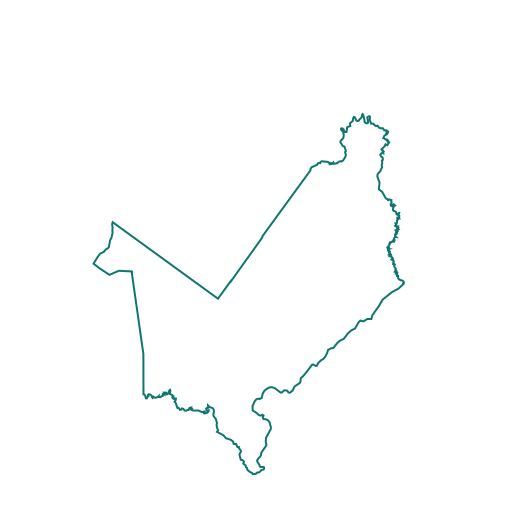 Mbire, Mashonaland Central, Zimbabwe (Albers equal-area conic projection), rotated 306°
{"feature_id": "62879985B94368680034661", "entity_name": "Mbire", "entity_type": "district", "adm_level": 2, "iso_a3": "ZWE", "parent_name": "Zimbabwe", "parent_adm1": "Mashonaland Central", "projection": "albers", "projection_center": [30.66, -16.018], "detail": "fine", "context": "isolated", "style": "outline", "palette": "teal", "viewbox_px": 512, "rotation_deg": 306, "n_neighbors": 0, "source": "geoboundaries", "source_scale": "gbopen_adm2", "svg_char_len": 6046}
<svg xmlns="http://www.w3.org/2000/svg" viewBox="0 0 512 512"><g transform="rotate(306 256 256)"><path d="M418.5,254.0L416.6,255.9L413.8,254.1L409.5,256.3L408.5,254.9L409.0,253.6L409.9,252.6L410.0,250.9L409.5,250.0L408.9,250.0L408.4,250.4L407.3,254.1L405.2,256.1L402.6,257.3L398.7,256.8L397.6,257.4L396.0,261.8L396.5,263.3L393.8,267.0L392.4,267.0L390.5,269.4L388.1,270.1L384.5,270.3L382.7,269.6L382.6,269.0L381.6,268.0L379.3,267.0L378.8,267.2L376.5,265.0L377.0,264.0L376.4,264.2L375.8,262.7L374.7,262.3L374.7,262.8L373.6,261.7L374.6,261.0L374.2,260.5L374.5,259.0L371.2,253.4L369.6,252.9L368.9,253.3L367.4,251.5L365.8,251.9L360.4,248.8L358.1,249.0L357.3,249.7L275.7,249.6L274.7,250.2L220.9,250.6L221.0,250.3L199.1,250.3L199.1,120.2L197.2,120.9L194.1,123.8L193.2,124.1L190.3,126.4L185.7,128.4L182.9,128.7L176.9,131.7L175.5,131.7L173.1,130.7L169.7,130.4L166.2,128.5L161.3,128.5L154.3,129.1L154.1,136.9L154.6,148.5L163.4,153.7L170.5,164.6L170.4,165.0L169.3,165.5L110.5,222.5L77.9,246.3L78.3,246.8L78.1,248.1L76.2,250.7L76.6,251.3L78.3,251.0L79.2,251.4L80.1,250.2L81.1,250.5L81.8,252.1L81.4,254.6L80.6,255.0L80.4,255.8L81.9,255.8L81.8,257.2L82.4,258.2L84.1,259.3L85.4,259.6L84.8,259.9L84.8,260.4L85.7,261.7L87.1,261.9L88.1,262.7L89.5,261.8L89.9,263.5L91.4,261.8L92.6,263.6L91.7,264.4L91.7,265.3L93.4,265.7L96.4,264.9L97.2,265.2L96.4,266.2L93.7,267.0L94.3,270.0L93.8,270.7L94.0,271.7L93.6,271.9L93.0,271.2L92.4,271.4L92.0,273.0L92.2,273.8L93.1,274.1L93.6,275.0L91.9,275.8L90.3,275.7L90.0,277.3L87.0,281.5L86.9,281.9L87.6,282.3L87.5,283.6L86.8,284.7L87.8,285.8L89.3,285.8L89.6,287.3L89.0,288.9L89.8,290.5L91.2,291.1L91.7,291.8L94.0,291.5L95.3,292.6L93.4,293.2L93.6,293.6L94.4,293.5L94.8,293.9L94.7,294.2L93.7,294.4L93.6,294.8L94.5,296.8L97.2,300.2L97.9,304.0L100.1,305.9L99.8,306.3L98.4,306.1L98.2,306.5L98.5,307.1L100.7,308.7L102.1,309.0L103.3,308.4L102.0,307.5L103.1,305.4L103.9,305.4L105.0,306.5L106.9,305.0L106.5,307.2L107.5,310.5L106.9,312.0L105.5,313.4L102.9,314.5L101.6,315.7L100.5,319.3L97.9,322.7L96.6,323.1L94.5,325.0L92.6,327.8L90.8,327.8L91.8,334.9L90.9,338.7L92.5,343.6L92.4,346.7L90.9,348.2L91.0,348.9L92.2,350.1L90.6,353.3L91.4,354.7L90.5,355.2L89.5,358.3L88.7,358.8L85.6,359.3L82.2,363.5L82.9,365.2L82.7,367.0L80.6,367.8L80.5,370.7L79.2,372.1L79.3,373.4L77.9,374.7L77.7,378.1L78.2,380.5L77.7,381.8L79.6,383.9L81.4,384.2L82.9,385.8L86.1,386.3L87.7,387.6L88.8,387.6L89.7,386.7L89.7,385.9L88.0,383.6L88.0,382.7L89.0,381.6L90.5,377.8L91.3,377.0L94.2,376.9L96.1,377.3L97.6,377.1L100.0,375.9L108.6,375.7L109.3,375.5L111.5,373.0L115.0,370.9L124.6,369.7L126.0,368.9L129.5,364.6L130.2,362.1L129.6,359.7L128.7,358.4L128.6,357.5L129.5,356.3L131.4,355.8L131.4,355.5L131.3,354.4L129.8,353.8L129.0,352.1L129.4,348.6L129.1,344.1L132.5,341.4L138.2,340.3L140.1,340.5L141.2,341.1L142.6,342.6L142.5,343.0L144.4,344.1L148.4,342.4L151.8,342.0L155.0,342.9L157.7,344.2L159.3,346.1L160.1,348.9L160.0,356.1L160.8,357.2L163.6,357.7L164.3,358.2L165.4,360.4L164.7,362.5L165.2,363.7L166.3,364.2L167.6,364.2L168.5,364.8L172.2,364.0L173.5,364.0L178.8,366.0L180.5,365.8L183.6,364.0L186.2,364.7L189.7,365.0L201.2,365.3L201.7,365.8L202.3,369.1L202.9,369.7L205.9,369.2L210.1,370.0L212.7,371.1L214.9,371.2L219.3,370.6L222.3,369.5L225.5,371.0L227.0,372.7L233.9,372.9L236.8,373.7L240.6,375.7L247.5,375.9L251.7,376.8L255.5,378.7L262.9,378.0L264.7,378.3L265.1,378.4L266.3,381.4L270.5,383.1L272.8,386.3L276.8,384.9L287.2,384.9L295.2,384.1L306.4,387.1L313.6,390.5L320.3,391.8L320.4,391.1L321.6,391.1L322.2,390.2L322.1,388.4L321.3,387.3L321.5,386.6L321.1,385.5L321.7,383.9L323.0,383.1L322.7,382.2L323.6,382.1L323.4,381.0L324.7,380.4L324.0,379.4L324.9,379.1L325.5,379.6L325.6,378.9L324.9,377.6L325.7,377.5L326.5,378.2L327.0,376.7L327.9,376.5L328.7,374.1L329.6,373.4L330.5,373.4L330.2,372.0L330.9,372.1L330.9,371.2L332.6,370.7L332.8,369.0L333.5,369.2L333.7,368.9L333.0,367.7L334.6,367.8L334.7,366.6L335.2,365.9L334.3,364.2L336.0,364.0L336.4,364.3L337.1,362.7L335.6,363.5L335.2,362.7L336.6,362.7L337.0,361.9L338.3,361.7L338.4,361.0L337.7,360.8L338.4,360.2L338.1,359.6L339.0,359.0L339.9,359.6L339.3,358.4L340.0,357.3L340.7,357.8L340.7,358.6L341.2,358.5L341.7,357.3L343.2,357.4L344.4,356.6L344.8,357.1L345.8,356.5L346.4,357.3L347.1,357.2L348.2,358.6L348.5,357.9L350.2,357.7L349.8,359.0L350.2,358.9L351.3,357.3L353.1,357.2L353.7,358.2L353.8,357.1L354.6,356.1L356.0,355.8L355.9,356.6L356.3,356.8L357.4,356.7L357.7,355.6L359.0,356.0L359.1,355.3L358.4,355.0L358.6,354.4L360.3,355.2L359.9,354.4L361.0,355.0L361.0,354.2L361.9,353.8L362.4,354.7L362.7,354.6L362.8,353.8L361.5,352.6L363.1,353.0L362.1,351.4L362.1,350.8L363.9,350.8L364.4,349.9L365.2,351.5L365.1,350.4L366.8,349.9L367.6,349.1L369.3,349.4L369.4,348.2L370.1,347.8L370.4,348.3L370.9,348.4L370.7,349.4L370.8,349.7L371.4,348.9L372.6,348.5L373.4,346.9L375.0,346.5L374.8,346.2L372.4,346.2L372.5,345.1L374.0,343.1L373.4,340.2L374.4,339.3L376.7,338.4L377.5,338.3L378.5,338.8L378.8,336.9L377.3,336.2L376.2,336.8L376.1,335.4L376.8,334.7L379.3,334.1L379.6,333.3L380.8,332.7L380.1,330.5L379.0,330.4L378.8,329.9L379.3,329.0L378.9,327.3L382.1,320.1L382.1,316.2L387.9,312.9L391.7,307.4L393.6,306.3L398.1,306.7L399.2,306.2L401.8,305.9L403.1,304.5L405.6,303.4L407.2,301.8L408.4,302.1L410.0,300.7L410.1,298.7L410.9,297.0L412.8,297.1L413.4,297.5L413.9,298.7L414.6,297.8L415.5,297.9L416.0,296.3L415.5,296.3L415.5,296.0L416.1,294.8L420.5,295.6L422.5,295.1L422.8,297.1L426.2,296.9L425.9,295.4L426.4,295.4L426.6,294.2L427.1,294.5L427.3,293.7L426.4,292.2L426.6,290.9L426.2,289.7L428.9,289.1L431.2,290.3L431.7,290.3L431.7,289.8L432.8,290.4L433.7,290.0L432.7,288.9L433.1,288.4L434.3,288.6L434.2,287.3L433.1,285.8L433.9,283.5L432.8,282.1L432.1,280.2L432.9,277.7L431.6,276.7L431.5,275.0L432.0,273.3L430.8,271.3L432.9,268.0L435.5,266.6L435.8,265.8L435.2,265.0L433.7,264.5L429.8,268.3L428.9,268.1L428.1,266.8L428.2,265.1L429.9,263.7L433.4,259.5L433.4,258.8L432.2,259.0L431.3,259.7L429.3,259.9L427.4,259.4L425.9,259.6L425.2,259.2L424.5,257.6L426.3,254.5L426.0,253.4L424.8,253.6L422.1,254.9L418.5,254.0Z" fill="none" stroke="#0f766e" stroke-width="2"/></g></svg>